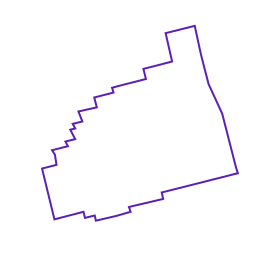 the district of Reynolds, Missouri, United States of America, rotated 75°
{"feature_id": "52423323B46957105965070", "entity_name": "Reynolds", "entity_type": "district", "adm_level": 2, "iso_a3": "USA", "parent_name": "United States of America", "parent_adm1": "Missouri", "projection": "robinson", "projection_center": [-90.999, 37.327], "detail": "fine", "context": "isolated", "style": "outline", "palette": "violet", "viewbox_px": 256, "rotation_deg": 75, "n_neighbors": 0, "source": "geoboundaries", "source_scale": "gbopen_adm2", "svg_char_len": 620}
<svg xmlns="http://www.w3.org/2000/svg" viewBox="0 0 256 256"><g transform="rotate(75 128 128)"><path d="M197.2,222.7L197.4,192.7L203.7,192.8L203.9,182.8L209.2,183.0L209.9,162.2L209.6,147.2L204.5,147.5L205.6,112.4L199.0,112.1L200.1,33.6L193.9,33.9L138.5,33.3L106.4,38.8L96.2,38.7L91.0,38.7L75.7,38.5L46.6,37.1L46.1,67.1L75.2,68.2L74.9,97.8L85.3,98.0L85.0,123.0L85.0,133.0L90.0,132.8L89.8,152.7L100.0,152.8L99.2,171.6L109.9,170.4L109.7,180.3L114.8,179.1L114.7,184.2L125.1,181.9L124.9,191.9L130.0,190.8L129.8,207.1L134.9,205.5L145.1,206.6L144.9,221.5L197.2,222.7Z" fill="none" stroke="#5b21b6" stroke-width="2"/></g></svg>